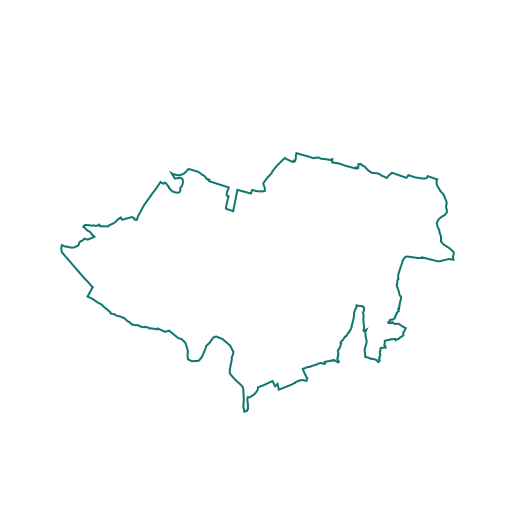 the district of Filiasi, Dolj, Romania, rotated 25°
{"feature_id": "2599482B35880437379690", "entity_name": "Filiasi", "entity_type": "district", "adm_level": 2, "iso_a3": "ROU", "parent_name": "Romania", "parent_adm1": "Dolj", "projection": "orthographic", "projection_center": [23.538, 44.559], "detail": "fine", "context": "isolated", "style": "outline", "palette": "teal", "viewbox_px": 512, "rotation_deg": 25, "n_neighbors": 0, "source": "geoboundaries", "source_scale": "gbopen_adm2", "svg_char_len": 6132}
<svg xmlns="http://www.w3.org/2000/svg" viewBox="0 0 512 512"><g transform="rotate(25 256 256)"><path d="M418.3,273.2L418.6,272.2L419.7,271.6L420.5,270.6L420.6,269.8L421.6,268.0L422.6,267.0L422.7,265.8L423.0,265.3L422.2,264.2L421.8,262.9L422.2,261.9L422.2,258.1L418.1,257.9L414.3,257.2L413.1,257.5L410.6,258.9L408.2,258.8L408.0,258.4L407.5,258.4L407.5,259.0L406.7,259.8L404.4,260.8L403.8,260.1L404.5,259.2L404.5,258.6L404.9,258.3L404.6,257.2L405.1,256.7L407.2,255.5L407.3,254.6L408.0,253.9L408.1,252.8L407.6,251.8L407.7,250.7L408.0,250.2L407.8,249.7L407.9,248.7L407.5,248.0L408.0,247.3L408.0,246.0L408.5,245.6L408.2,245.3L408.1,243.9L407.2,243.6L407.6,242.7L407.3,242.1L407.6,241.5L406.9,240.7L406.7,238.8L406.2,237.5L405.5,233.5L405.0,232.1L404.4,231.5L402.7,230.8L400.4,227.7L398.3,225.7L397.9,224.9L397.2,224.7L395.6,222.5L395.6,221.0L394.4,218.3L394.8,216.3L394.2,215.9L393.2,214.0L392.8,212.6L391.7,204.6L391.4,200.6L390.9,198.6L391.2,195.3L392.0,193.4L393.4,192.5L403.0,189.6L408.8,187.0L408.4,186.8L423.3,183.9L424.4,183.3L432.0,177.3L436.5,175.9L435.0,174.0L434.0,169.6L433.2,168.8L428.4,167.3L421.0,166.2L417.6,164.8L415.4,160.1L412.4,157.1L411.2,155.2L408.7,153.2L406.0,150.1L405.8,147.0L406.2,145.1L407.7,141.9L409.8,139.1L410.5,135.7L409.4,133.5L408.1,132.1L407.4,131.0L406.4,127.4L406.0,126.6L400.2,121.2L399.1,120.5L396.0,119.4L390.4,115.6L389.2,114.2L388.0,111.8L387.8,111.0L387.9,110.0L377.7,111.1L377.8,113.0L376.4,114.3L374.2,115.4L367.0,117.5L359.9,118.3L359.9,119.6L359.3,121.6L344.1,123.1L342.3,127.0L341.6,130.0L338.8,129.9L335.9,130.1L333.4,129.6L331.0,129.8L325.7,131.7L321.5,131.0L316.5,129.0L314.1,129.1L313.3,128.6L311.7,128.5L311.4,129.0L310.0,129.4L311.4,133.1L309.4,133.4L309.9,134.4L299.7,136.3L291.8,137.1L285.5,139.0L284.2,135.9L283.6,136.4L283.5,137.3L283.2,137.5L277.5,139.0L274.2,140.3L271.5,140.3L269.4,141.1L267.2,142.8L265.9,143.3L262.7,143.5L249.2,145.8L249.7,148.2L250.8,150.6L251.3,153.5L250.1,153.6L250.0,155.2L244.2,155.3L240.6,155.1L237.1,164.5L235.8,169.3L235.0,173.3L235.2,174.1L234.1,177.8L233.6,178.7L231.9,186.4L232.0,187.2L232.6,188.1L235.1,190.4L236.5,193.3L234.5,194.8L229.7,196.8L224.6,197.8L225.0,201.5L211.2,203.9L216.4,225.1L214.9,225.0L214.0,225.3L208.7,225.8L207.1,220.2L206.0,213.4L204.0,213.6L203.3,212.6L202.7,210.4L202.6,206.9L202.4,205.4L181.9,208.0L181.6,206.7L179.9,207.2L179.7,206.7L178.4,206.9L177.0,205.9L175.2,205.2L172.8,205.1L169.7,204.3L168.0,204.2L161.1,205.1L158.0,205.7L156.9,209.4L155.5,212.4L152.8,214.9L151.5,215.7L146.6,216.8L144.6,216.7L149.7,220.1L152.3,218.4L153.0,218.3L153.2,217.7L154.1,217.2L155.8,217.1L157.4,217.8L158.6,220.1L159.2,222.2L159.2,224.0L158.6,226.0L159.9,229.3L159.8,230.1L159.4,230.8L158.4,231.7L156.2,232.4L153.0,232.8L148.4,231.1L148.1,230.5L143.4,228.0L142.1,228.2L141.8,229.5L141.5,229.7L138.2,229.3L136.8,238.2L135.6,243.3L134.8,248.2L134.6,248.7L133.0,257.5L132.3,269.9L132.7,273.7L130.4,274.3L130.3,273.7L129.8,273.3L127.2,273.1L119.5,279.6L117.9,279.0L117.4,278.2L117.0,278.3L115.0,282.0L114.8,283.4L113.0,286.7L109.9,290.2L109.7,290.6L109.8,291.1L109.3,291.7L101.9,295.0L101.3,294.8L101.1,294.1L100.6,293.8L99.6,295.2L97.9,296.6L96.0,296.7L94.5,298.0L92.6,298.3L88.2,300.0L87.2,301.6L87.3,302.3L86.6,302.9L88.0,302.4L91.4,303.9L93.4,304.3L94.6,304.1L97.8,305.5L98.7,306.2L100.3,306.2L100.4,306.7L101.3,306.9L100.6,307.9L96.8,312.0L95.4,312.7L93.9,312.5L93.1,312.9L92.1,315.6L90.9,316.6L90.4,317.8L90.2,319.2L90.6,320.8L90.4,321.8L88.9,323.4L87.7,325.0L85.4,326.4L80.0,327.6L78.6,328.2L75.5,328.2L76.2,331.4L78.4,334.6L109.5,348.6L114.2,350.3L120.4,353.1L121.2,353.1L120.5,363.9L126.6,364.0L131.6,365.0L137.2,365.3L138.4,366.0L148.0,368.6L148.3,369.3L148.8,369.6L152.5,368.6L153.7,369.0L156.9,368.7L158.7,368.1L161.6,368.2L162.4,367.9L167.7,369.5L168.7,369.3L172.6,370.6L174.0,370.0L175.3,369.9L178.5,368.5L180.1,368.9L180.7,368.5L181.6,368.7L183.6,368.3L185.3,367.4L185.5,367.0L186.2,367.1L187.6,366.5L190.4,366.6L191.0,366.2L194.7,364.9L196.7,364.6L197.3,364.3L197.4,363.3L197.8,363.2L205.6,363.2L208.8,360.4L220.0,363.2L224.0,362.8L228.8,364.6L231.7,367.7L234.3,370.8L236.3,375.7L238.1,378.4L242.5,378.4L247.5,375.7L248.7,374.4L249.6,370.2L249.5,362.7L248.9,358.5L250.6,354.3L251.8,347.9L253.9,345.8L260.5,345.4L270.4,348.1L276.2,352.7L276.8,355.2L276.9,358.0L277.9,360.4L280.1,369.3L281.0,371.8L281.7,373.1L283.5,374.4L288.2,376.4L298.2,379.7L300.2,381.2L305.2,390.4L308.2,397.9L311.2,402.0L313.4,400.0L313.0,398.9L313.4,398.0L311.0,393.2L309.2,390.6L308.5,389.0L308.3,387.3L309.5,387.1L310.7,385.7L312.8,382.4L313.8,378.8L314.0,376.9L314.0,376.1L313.3,374.2L318.5,368.8L323.8,362.3L328.4,366.0L329.6,362.8L333.2,367.5L342.7,357.4L344.9,354.3L345.3,354.2L345.6,352.8L347.2,351.6L348.3,350.2L350.3,348.9L354.6,347.8L354.0,345.8L354.3,345.3L352.7,344.3L348.4,340.8L346.1,338.5L348.7,336.0L349.2,335.2L352.1,333.4L352.5,332.8L352.1,332.9L356.8,328.8L357.7,327.4L359.9,325.6L361.9,325.0L362.2,325.3L363.9,324.7L364.1,324.0L363.1,322.8L368.6,319.0L368.6,318.6L370.3,318.2L370.4,317.3L375.3,317.8L375.8,317.2L375.5,317.0L375.5,316.5L372.9,314.6L373.1,312.9L372.5,312.3L372.3,310.5L371.7,310.0L371.6,309.0L370.1,306.9L370.7,304.6L370.4,301.0L370.2,299.4L369.3,299.0L369.3,297.6L370.3,295.0L370.7,291.5L371.6,290.7L372.2,286.2L372.7,285.8L372.5,285.2L372.7,284.5L372.5,284.2L372.8,283.2L372.8,281.3L372.7,280.1L371.9,277.5L371.9,276.2L371.3,274.5L371.4,273.8L370.1,268.6L369.4,267.5L368.9,265.8L368.5,263.0L368.8,260.5L368.0,258.2L369.8,257.9L373.6,256.5L374.1,257.0L375.0,256.7L376.0,257.5L376.8,259.5L376.9,262.2L378.8,264.7L379.7,267.5L381.2,269.9L382.6,272.6L383.9,274.3L385.1,278.3L385.4,278.4L387.1,276.1L387.0,278.4L389.3,282.5L392.0,285.9L393.0,288.4L393.6,293.0L394.1,295.3L397.1,300.1L397.5,301.3L402.1,300.5L403.5,300.7L405.6,299.8L408.2,299.4L409.7,299.4L410.7,300.3L411.8,300.4L412.4,298.6L412.0,297.9L410.9,297.2L410.8,296.7L411.1,295.9L410.4,295.2L410.7,293.8L410.4,292.9L410.0,292.7L408.7,290.8L408.7,288.8L408.0,288.0L407.9,287.2L408.1,286.4L412.2,284.3L411.1,282.8L409.9,282.5L409.5,280.5L408.5,278.4L413.5,274.6L413.4,274.5L417.3,272.4L418.3,273.2Z" fill="none" stroke="#0f766e" stroke-width="2"/></g></svg>